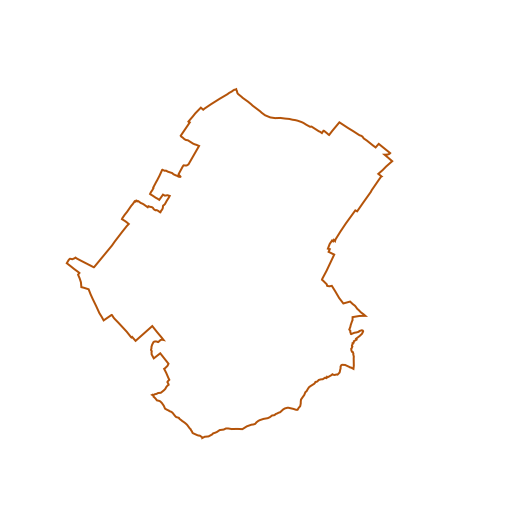 Negresti, Vaslui, Romania (Mercator projection), rotated 320°
{"feature_id": "2599482B79763649175164", "entity_name": "Negresti", "entity_type": "district", "adm_level": 2, "iso_a3": "ROU", "parent_name": "Romania", "parent_adm1": "Vaslui", "projection": "mercator", "projection_center": [27.465, 46.836], "detail": "fine", "context": "isolated", "style": "outline", "palette": "amber", "viewbox_px": 512, "rotation_deg": 320, "n_neighbors": 0, "source": "geoboundaries", "source_scale": "gbopen_adm2", "svg_char_len": 6084}
<svg xmlns="http://www.w3.org/2000/svg" viewBox="0 0 512 512"><g transform="rotate(320 256 256)"><path d="M258.1,405.1L260.5,402.8L265.2,397.0L266.2,396.0L267.4,393.7L267.9,393.3L268.4,391.8L268.0,391.4L268.0,390.9L268.6,389.2L269.2,388.6L269.3,388.3L270.1,388.1L271.6,387.3L271.6,386.7L272.1,386.1L273.5,385.6L274.0,385.2L274.4,385.2L274.3,384.9L275.3,385.0L276.2,384.2L279.3,384.7L279.5,383.7L283.9,383.9L287.2,383.7L289.5,382.7L289.8,382.3L289.8,381.6L289.3,380.9L288.6,380.6L287.8,380.3L287.0,379.9L286.2,380.1L285.5,379.9L283.4,378.9L282.7,378.4L281.6,377.9L278.7,377.0L278.6,376.7L279.0,376.0L279.4,374.7L280.1,374.1L280.2,372.3L282.6,371.0L284.3,369.7L287.8,367.6L288.6,367.3L290.7,364.9L297.0,368.6L301.3,372.2L300.9,369.7L300.1,366.5L299.9,363.3L299.6,361.6L299.8,359.0L299.8,357.6L299.2,355.0L298.8,351.4L292.4,348.5L292.7,341.6L294.0,334.0L294.9,327.6L292.9,326.5L291.4,324.8L291.3,324.5L292.0,323.2L291.6,318.6L291.3,316.6L292.3,316.0L300.5,312.7L316.8,305.2L314.3,299.5L316.9,298.2L315.8,296.6L320.3,294.1L324.3,293.0L324.5,294.3L326.0,293.7L326.1,295.4L327.6,294.4L336.5,291.5L345.8,288.8L361.4,284.9L362.2,286.8L372.5,284.0L385.2,280.7L386.8,280.0L400.5,276.2L403.0,275.6L403.3,275.7L402.5,271.7L408.2,271.6L413.2,271.1L421.3,270.9L419.6,261.0L421.6,262.6L422.8,263.2L423.9,263.5L424.9,263.4L422.1,249.0L417.4,249.7L416.6,246.3L415.1,238.7L414.1,235.2L414.3,233.0L413.9,231.6L412.9,230.0L410.7,222.8L408.8,217.2L405.8,207.2L394.7,209.2L389.8,210.3L389.6,209.8L389.4,208.2L388.6,203.9L388.2,203.4L385.5,204.2L385.0,202.2L384.3,200.8L381.8,192.8L381.6,192.4L380.5,191.8L378.9,187.8L377.9,184.6L377.0,182.7L374.8,179.0L373.4,177.1L371.5,175.0L369.6,172.4L366.7,169.5L363.4,165.9L359.3,162.7L356.0,159.0L353.4,154.0L352.4,149.8L352.2,147.9L350.0,138.4L349.9,137.0L349.1,132.7L347.4,126.1L347.3,124.9L346.4,120.4L346.5,119.2L347.5,117.1L347.8,115.8L348.0,115.5L346.9,115.2L346.3,114.7L344.9,114.5L343.1,114.4L340.2,113.8L338.1,113.7L329.2,112.2L319.0,110.8L311.4,110.0L309.6,110.0L309.1,106.9L301.2,107.7L297.2,108.5L290.6,109.6L290.6,110.2L291.1,111.1L275.6,115.5L275.5,116.5L276.0,118.3L276.2,120.1L276.7,121.7L277.0,122.2L278.2,123.6L279.1,126.5L279.6,128.0L280.0,129.4L280.8,131.0L281.8,132.5L283.1,135.1L263.2,142.4L261.5,142.2L260.6,141.8L258.8,140.0L257.5,140.3L249.2,143.6L249.1,143.8L249.1,144.8L249.2,146.2L249.1,146.7L248.8,146.7L247.9,145.8L247.7,145.2L247.4,144.8L246.9,143.4L246.4,142.7L245.3,140.3L245.1,138.6L242.6,134.6L242.4,133.9L242.1,133.4L241.9,132.7L240.9,132.1L240.0,130.4L239.8,129.8L239.5,129.7L233.4,132.6L229.3,134.3L228.7,134.6L227.9,134.8L221.3,137.5L221.3,137.8L221.2,138.0L218.7,139.0L216.7,139.5L214.7,140.4L214.9,141.3L215.5,142.9L216.6,146.8L217.4,148.8L218.0,150.8L224.2,149.2L225.0,151.2L227.3,152.6L228.5,154.5L226.8,155.2L223.2,156.3L219.6,157.7L218.5,157.8L217.4,157.7L216.9,157.9L215.6,159.2L214.8,159.7L213.9,160.1L212.6,160.3L210.8,161.1L210.6,160.8L210.1,158.6L209.5,157.2L209.3,156.9L208.5,156.5L207.9,155.1L207.8,153.7L208.0,152.9L207.8,152.0L207.1,150.9L206.4,150.2L205.6,148.7L205.4,148.7L204.8,149.0L204.4,149.1L203.1,144.1L202.7,143.0L201.8,141.3L201.1,138.3L200.9,138.1L200.5,138.1L200.2,137.9L200.1,136.7L199.7,136.5L198.5,136.9L198.4,136.8L198.2,136.1L195.4,136.9L192.5,137.4L185.6,139.3L182.0,140.0L178.0,141.1L177.0,141.6L178.2,145.2L178.6,146.9L179.1,149.7L176.3,150.0L168.9,151.5L157.2,154.1L152.4,155.4L124.7,160.5L124.5,160.4L118.6,146.4L117.1,142.7L116.7,141.2L115.5,141.1L113.2,140.4L112.0,138.8L111.6,138.5L111.1,138.5L109.8,138.7L106.4,139.9L107.6,145.3L108.3,148.9L109.5,153.8L109.8,155.5L107.7,155.9L106.6,159.6L105.0,163.6L102.2,167.6L103.6,169.5L106.4,173.9L104.7,178.9L103.3,183.9L101.4,191.5L99.3,199.1L98.7,203.3L97.9,207.4L107.4,208.3L107.6,208.4L107.7,208.7L107.3,211.7L107.3,213.3L107.7,218.6L108.3,230.9L108.1,237.9L108.2,238.4L109.1,238.4L109.2,243.6L131.5,243.0L131.3,250.5L131.3,258.0L131.2,260.9L130.2,259.6L128.8,259.0L125.8,259.1L125.4,258.7L125.1,257.9L124.3,257.0L123.1,256.2L122.0,256.1L119.4,257.2L117.4,258.5L116.7,259.4L115.3,260.4L115.0,261.0L115.1,261.4L115.0,261.7L114.7,262.2L114.1,262.6L112.8,264.3L111.9,268.7L120.1,269.0L119.7,282.3L117.7,283.2L117.1,283.3L114.2,283.5L113.1,283.4L112.1,287.8L110.5,293.1L110.0,295.1L108.0,295.3L107.1,295.6L106.6,297.9L106.3,298.5L104.9,298.4L103.1,298.7L101.1,299.5L99.2,299.7L95.3,299.6L94.7,299.3L93.5,298.4L92.8,298.0L91.2,297.7L89.7,296.9L87.9,296.5L87.6,296.2L87.6,295.8L87.2,295.7L87.5,296.7L87.5,297.2L87.3,297.7L87.1,298.0L87.2,298.3L87.4,300.6L87.3,302.9L88.6,304.6L89.2,305.8L89.4,308.1L89.1,311.4L88.2,314.5L89.2,317.1L89.9,318.4L89.9,319.1L90.8,320.6L91.2,321.8L91.3,323.1L91.2,325.1L91.2,327.4L91.4,328.2L92.9,330.4L92.7,330.9L92.8,332.0L93.3,334.1L93.4,335.0L93.8,336.2L94.3,338.2L94.6,340.0L94.7,341.2L94.4,345.7L94.6,346.6L94.2,348.0L94.2,349.1L93.7,350.6L93.8,351.2L95.9,355.6L96.7,356.8L97.3,357.3L97.6,357.8L97.8,358.8L98.2,360.0L98.2,360.5L97.9,360.9L100.5,361.5L103.7,363.7L107.7,364.5L109.1,364.3L111.3,365.2L113.1,365.7L116.3,366.0L119.7,368.2L122.1,368.8L123.8,370.2L126.1,372.9L130.5,376.4L134.3,379.9L139.5,380.6L144.1,382.3L145.4,383.2L147.2,384.0L148.0,384.0L149.3,383.7L151.7,383.8L153.2,384.1L157.0,385.6L160.8,387.8L163.1,388.4L165.8,388.5L167.5,389.6L168.2,389.8L169.4,389.7L171.2,390.3L172.4,390.5L174.1,391.2L178.1,391.0L180.0,391.3L180.5,391.5L182.6,392.5L183.3,393.1L186.4,397.2L187.6,399.2L188.4,400.1L189.0,400.5L191.3,399.7L193.2,399.5L193.9,399.0L195.5,397.7L196.7,396.3L198.2,394.9L201.5,394.0L203.6,393.5L205.8,392.3L206.6,392.0L207.8,392.1L209.9,391.3L212.2,390.6L214.1,390.7L218.6,391.3L220.0,391.0L220.4,390.7L220.7,390.7L221.5,391.3L222.4,391.5L224.4,391.3L226.4,392.2L227.9,393.3L230.5,393.6L231.2,394.5L231.9,393.9L232.1,393.4L232.1,394.5L232.6,394.3L232.6,394.8L234.0,395.2L234.7,395.3L237.4,395.8L238.5,395.7L238.7,396.3L239.2,397.1L239.8,397.7L241.5,398.5L242.2,399.3L245.0,399.0L245.6,398.7L247.7,397.0L248.3,396.7L249.8,395.0L251.2,394.5L251.7,394.6L252.3,394.9L253.5,396.1L254.2,396.7L256.2,401.0L256.5,402.0L257.0,402.3L258.1,405.1Z" fill="none" stroke="#b45309" stroke-width="2"/></g></svg>